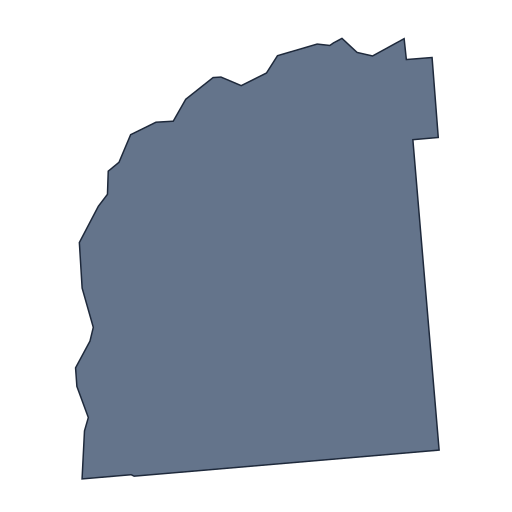 the district of Saunders, Nebraska, United States of America, rotated 265°
{"feature_id": "52423323B480079355264", "entity_name": "Saunders", "entity_type": "district", "adm_level": 2, "iso_a3": "USA", "parent_name": "United States of America", "parent_adm1": "Nebraska", "projection": "natural_earth1", "projection_center": [-96.529, 41.234], "detail": "fine", "context": "isolated", "style": "filled", "palette": "slate", "viewbox_px": 512, "rotation_deg": 265, "n_neighbors": 0, "source": "geoboundaries", "source_scale": "gbopen_adm2", "svg_char_len": 612}
<svg xmlns="http://www.w3.org/2000/svg" viewBox="0 0 512 512"><g transform="rotate(265 256 256)"><path d="M46.7,421.5L262.1,422.1L358.2,422.4L358.2,447.9L438.4,448.7L438.6,422.9L459.6,422.5L445.1,389.5L450.0,374.4L465.3,360.6L461.6,351.9L459.3,347.9L461.8,335.4L453.7,294.9L437.4,282.4L427.0,256.1L437.3,236.7L437.5,228.8L418.3,199.7L397.5,185.3L398.0,168.0L387.8,141.7L361.3,127.7L353.4,116.2L330.4,113.4L319.3,103.3L284.8,81.2L239.2,80.0L199.1,87.7L185.7,83.2L160.3,66.5L141.7,66.2L109.7,74.9L96.7,69.9L49.1,63.3L49.0,112.6L47.3,115.4L46.7,421.5Z" fill="#64748b" stroke="#1e293b" stroke-width="1.5"/></g></svg>